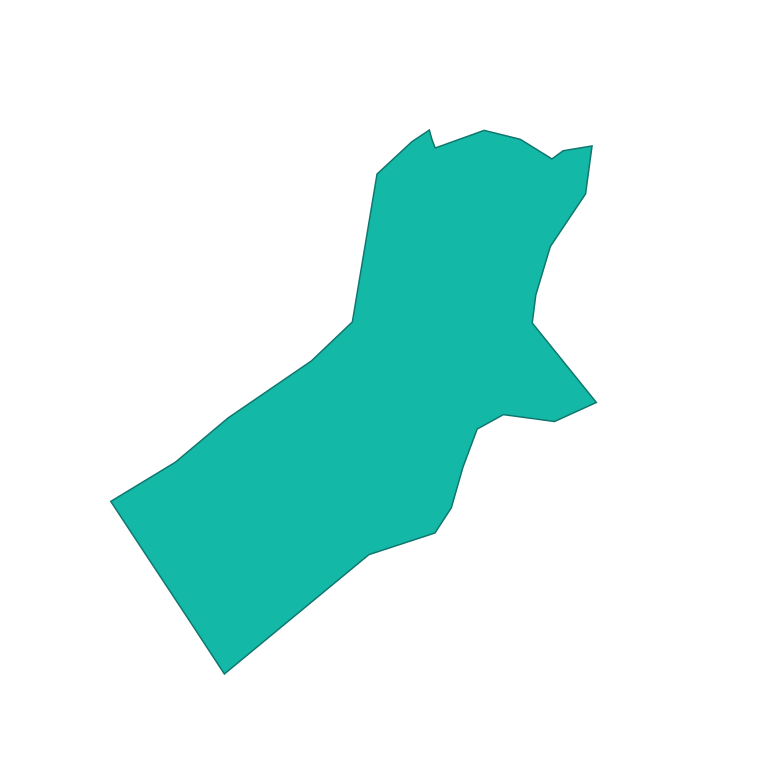 SVG path tracing the border of Rubirizi, rotated 317°
{"feature_id": "UGA-5621", "entity_name": "Rubirizi", "entity_type": "District", "adm_level": 1, "iso_a3": "UGA", "parent_name": "Uganda", "parent_adm1": "", "projection": "orthographic", "projection_center": [30.01, -0.246], "detail": "fine", "context": "isolated", "style": "filled", "palette": "teal", "viewbox_px": 768, "rotation_deg": 317, "n_neighbors": 0, "source": "natural_earth", "source_scale": "10m", "svg_char_len": 561}
<svg xmlns="http://www.w3.org/2000/svg" viewBox="0 0 768 768"><g transform="rotate(317 384 384)"><path d="M69.5,487.2L76.1,448.8L78.9,432.6L94.2,341.8L99.8,308.7L104.1,283.5L178.0,298.9L247.0,302.5L346.7,317.6L403.2,317.0L522.1,225.7L569.6,225.8L590.4,229.2L586.0,237.5L582.4,246.3L630.2,266.8L650.6,298.1L660.3,333.9L674.2,335.6L698.5,351.8L661.1,382.4L599.4,396.9L555.8,422.4L534.0,440.5L526.7,542.3L483.1,527.7L450.4,487.8L421.4,480.5L385.0,498.7L348.7,520.5L319.7,527.7L256.6,498.5L69.5,487.2Z" fill="#14b8a6" stroke="#0f766e" stroke-width="1.5"/></g></svg>